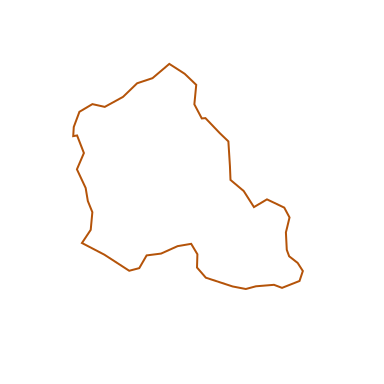 outline of Höör, Skåne, Sweden, rotated 300°
{"feature_id": "70781695B95937301884210", "entity_name": "Höör", "entity_type": "district", "adm_level": 2, "iso_a3": "SWE", "parent_name": "Sweden", "parent_adm1": "Skåne", "projection": "natural_earth1", "projection_center": [13.542, 55.959], "detail": "fine", "context": "isolated", "style": "outline", "palette": "amber", "viewbox_px": 384, "rotation_deg": 300, "n_neighbors": 0, "source": "geoboundaries", "source_scale": "gbopen_adm2", "svg_char_len": 798}
<svg xmlns="http://www.w3.org/2000/svg" viewBox="0 0 384 384"><g transform="rotate(300 192 192)"><path d="M92.8,122.2L93.9,147.4L92.4,177.0L99.7,184.4L114.4,184.4L123.2,196.0L137.9,206.6L146.7,217.2L140.8,227.8L129.1,234.1L124.7,246.8L130.5,274.4L134.9,287.1L142.3,294.5L152.6,309.4L154.0,317.9L168.7,329.6L179.0,327.5L183.4,319.0L184.9,308.3L189.3,303.0L204.0,293.5L208.9,292.1L218.7,289.2L224.6,279.7L223.1,260.6L209.9,253.2L218.7,236.3L221.7,219.3L233.4,211.9L254.0,198.2L256.9,186.5L262.7,166.7L260.6,163.7L269.1,150.2L286.9,142.1L290.7,126.6L291.6,108.3L270.9,100.9L258.7,90.1L239.9,84.7L222.1,73.9L218.3,61.8L205.2,54.4L189.2,57.1L181.0,61.2L183.5,64.2L171.7,78.9L154.1,81.0L142.3,97.9L132.1,106.3L124.7,115.8L108.6,123.2L92.8,122.2Z" fill="none" stroke="#b45309" stroke-width="2"/></g></svg>